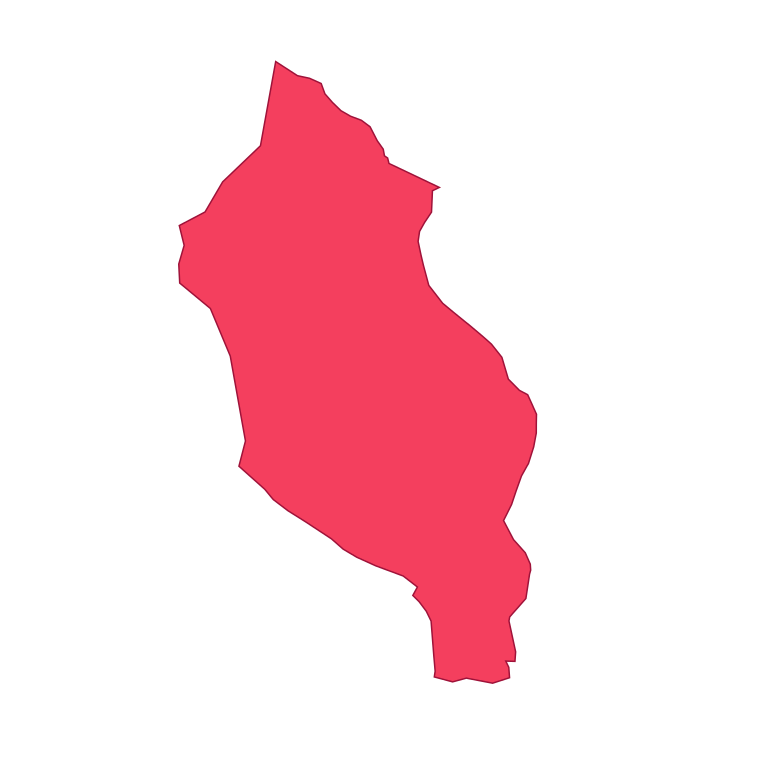 Billiri, Gombe, Nigeria (Natural Earth projection), rotated 121°
{"feature_id": "59680162B8070211954831", "entity_name": "Billiri", "entity_type": "district", "adm_level": 2, "iso_a3": "NGA", "parent_name": "Nigeria", "parent_adm1": "Gombe", "projection": "natural_earth1", "projection_center": [11.13, 9.845], "detail": "fine", "context": "isolated", "style": "filled", "palette": "rose", "viewbox_px": 768, "rotation_deg": 121, "n_neighbors": 0, "source": "geoboundaries", "source_scale": "gbopen_adm2", "svg_char_len": 1431}
<svg xmlns="http://www.w3.org/2000/svg" viewBox="0 0 768 768"><g transform="rotate(121 384 384)"><path d="M163.4,642.9L243.4,612.6L293.8,626.4L328.7,626.0L353.6,641.1L368.1,626.7L386.9,621.7L402.7,611.1L408.7,571.7L439.2,530.2L504.2,473.4L529.2,466.0L532.0,451.3L535.6,432.2L535.7,431.9L535.9,431.2L538.9,422.8L540.1,419.3L542.1,401.1L542.5,381.1L543.8,349.3L546.6,333.9L546.5,318.0L544.1,297.4L538.7,268.7L540.8,250.8L550.4,250.4L552.5,241.8L557.0,230.7L562.2,222.7L563.0,221.5L564.0,220.8L590.8,201.7L603.9,192.2L607.1,190.9L609.2,190.0L604.0,171.8L593.6,161.8L593.2,160.5L584.5,136.8L571.1,125.1L562.6,131.1L558.8,136.9L554.3,128.9L545.8,133.2L522.7,154.9L522.3,155.0L518.9,156.3L514.4,155.5L509.6,154.6L494.8,151.9L472.0,161.3L468.0,162.4L463.1,165.8L455.9,176.0L450.7,192.8L439.5,211.2L432.6,211.7L421.5,212.6L407.5,215.7L392.0,218.8L380.3,219.2L377.9,219.2L360.8,223.3L347.6,228.2L339.4,233.1L331.4,237.7L326.9,244.2L326.1,245.3L319.2,255.3L319.7,264.6L315.8,279.9L300.4,296.7L294.5,312.4L292.3,324.2L289.5,341.6L288.9,346.3L286.7,361.6L284.6,375.3L276.4,396.4L261.9,411.4L254.2,418.9L244.2,428.2L234.9,432.1L224.7,432.4L212.2,431.8L193.4,442.0L187.0,437.8L192.4,493.3L188.4,497.3L188.2,501.1L183.1,505.6L180.3,512.0L179.0,515.0L170.7,528.4L169.6,539.2L171.7,550.6L171.9,561.7L169.2,573.2L165.7,584.1L158.8,592.6L160.3,605.3L164.3,617.0L163.7,634.4L163.4,642.9Z" fill="#f43f5e" stroke="#9f1239" stroke-width="1.5"/></g></svg>